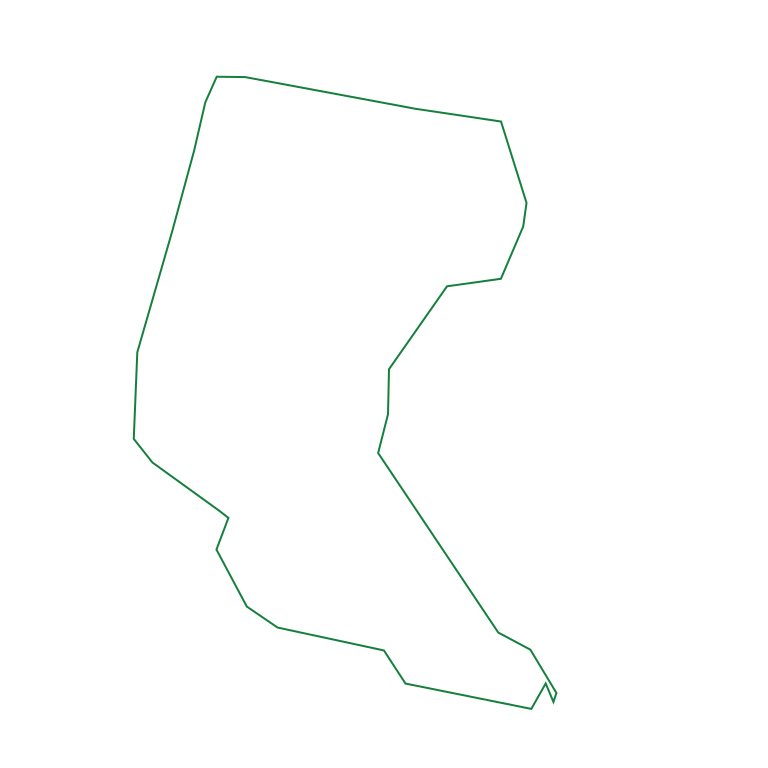 Agana Heights, Guam, rotated 195°
{"feature_id": "77769853B67534366547029", "entity_name": "Agana Heights", "entity_type": "district", "adm_level": 2, "iso_a3": "GUM", "parent_name": "Guam", "parent_adm1": "", "projection": "robinson", "projection_center": [144.743, 13.466], "detail": "fine", "context": "isolated", "style": "outline", "palette": "green", "viewbox_px": 768, "rotation_deg": 195, "n_neighbors": 0, "source": "geoboundaries", "source_scale": "gbopen_adm2", "svg_char_len": 538}
<svg xmlns="http://www.w3.org/2000/svg" viewBox="0 0 768 768"><g transform="rotate(195 384 384)"><path d="M138.0,120.7L137.5,130.2L173.8,165.2L209.3,173.5L371.8,315.8L372.3,355.8L383.0,399.6L348.4,494.7L298.3,515.9L290.3,572.1L293.2,595.8L338.9,667.8L424.6,658.0L597.7,644.5L625.1,637.5L629.5,609.9L627.8,559.9L628.1,476.2L630.5,350.8L611.5,266.2L587.3,248.2L510.3,218.9L499.6,214.4L503.0,180.7L458.9,133.5L423.8,121.2L315.1,126.6L285.7,100.2L157.6,108.3L150.3,136.6L138.0,120.7Z" fill="none" stroke="#15803d" stroke-width="2"/></g></svg>